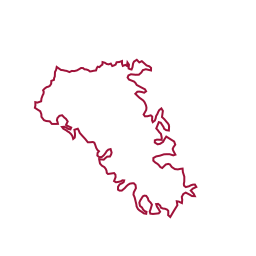 the district of Altamira do Paraná, Paraná, Brazil, rotated 212°
{"feature_id": "56859067B67017349975974", "entity_name": "Altamira do Paraná", "entity_type": "district", "adm_level": 2, "iso_a3": "BRA", "parent_name": "Brazil", "parent_adm1": "Paraná", "projection": "albers", "projection_center": [-52.708, -24.824], "detail": "fine", "context": "isolated", "style": "outline", "palette": "rose", "viewbox_px": 256, "rotation_deg": 212, "n_neighbors": 0, "source": "geoboundaries", "source_scale": "gbopen_adm2", "svg_char_len": 4080}
<svg xmlns="http://www.w3.org/2000/svg" viewBox="0 0 256 256"><g transform="rotate(212 128 128)"><path d="M130.2,82.2L127.3,82.3L125.2,81.5L123.6,80.4L122.2,78.7L120.6,78.4L117.2,81.3L115.9,82.4L113.9,81.7L112.5,79.8L111.7,75.6L109.5,75.6L107.8,77.0L105.9,78.9L105.0,80.7L103.5,81.5L103.0,79.8L103.7,78.1L105.2,75.8L105.3,72.9L103.8,70.4L102.0,70.4L100.1,71.6L98.9,75.2L98.5,77.7L97.9,79.8L96.9,81.8L95.2,83.3L93.8,84.2L91.4,83.6L89.4,81.2L89.0,76.5L88.0,74.3L86.6,73.4L85.4,72.5L80.5,67.7L79.2,66.1L76.7,64.6L74.6,64.2L72.2,64.2L69.3,64.0L67.1,64.9L67.9,66.7L70.0,66.4L71.9,66.8L74.0,68.0L76.6,68.3L78.8,70.7L79.2,72.9L79.2,77.9L78.3,79.3L76.6,80.1L74.0,79.0L72.2,77.4L69.2,76.7L67.1,75.7L65.7,70.7L65.4,68.8L63.7,67.2L61.3,68.3L56.7,71.9L56.4,74.0L59.0,75.4L61.8,76.7L63.8,78.4L62.3,79.6L59.6,79.2L57.9,77.9L55.7,78.2L53.9,79.1L51.7,79.5L50.0,79.1L48.7,77.1L47.8,75.4L45.0,74.9L45.2,82.5L45.2,88.7L47.8,91.7L45.9,92.5L42.5,92.9L44.0,95.9L45.9,98.1L46.1,101.4L44.8,103.8L41.0,104.1L37.7,104.2L35.2,105.6L37.4,107.0L41.6,108.2L40.9,111.0L38.8,114.2L41.3,115.5L42.9,114.4L44.3,112.8L45.4,110.9L47.7,108.5L49.9,108.8L51.0,110.1L51.9,112.4L54.4,116.5L58.1,119.7L60.2,122.5L61.7,121.3L63.8,119.3L66.5,118.0L70.2,118.1L73.1,119.3L74.8,118.9L76.6,117.1L77.8,112.2L79.9,112.0L82.0,112.8L83.8,113.2L86.6,113.2L89.2,113.7L90.6,116.0L89.0,118.9L86.3,121.4L83.6,124.7L81.3,126.3L78.9,127.8L75.1,128.8L73.7,130.5L77.7,132.8L79.0,133.9L79.3,136.0L79.1,138.9L81.7,141.0L87.8,141.0L91.0,141.0L91.1,137.7L90.9,134.8L92.4,131.6L94.2,129.9L97.6,129.9L98.7,131.8L97.3,133.5L93.2,135.8L94.2,137.6L95.8,139.3L97.0,140.5L99.5,141.1L101.4,141.9L103.8,142.6L104.3,145.5L105.0,149.3L103.0,149.8L98.5,147.7L96.9,146.5L94.5,146.4L92.0,147.5L93.1,149.5L94.0,151.1L95.1,152.3L96.7,153.1L98.2,153.5L101.8,154.7L105.0,155.3L106.3,158.3L107.5,161.0L110.1,162.3L111.0,159.7L110.9,157.7L110.5,155.4L110.5,153.1L109.6,150.7L109.2,148.6L110.1,146.1L111.6,147.2L113.5,150.5L115.4,150.8L117.8,148.2L119.8,146.9L121.9,147.7L122.1,152.9L123.1,155.0L124.7,156.7L127.5,158.6L129.6,159.4L132.1,159.6L134.1,159.7L136.2,160.1L139.9,160.9L139.3,163.7L137.8,164.8L135.5,165.8L133.0,166.5L132.1,168.7L134.1,169.8L137.8,169.5L143.4,169.1L145.6,170.2L147.5,170.6L152.8,169.6L155.1,170.6L155.5,172.8L154.0,175.1L149.7,177.2L147.0,179.0L146.1,182.1L146.1,184.9L144.0,187.3L139.0,189.0L140.3,191.2L142.6,191.6L145.4,190.9L149.3,191.6L151.7,192.0L153.2,189.6L156.7,190.5L158.1,187.5L157.9,185.5L156.4,181.9L156.0,179.5L157.4,179.0L159.0,178.8L159.9,180.4L160.7,182.2L163.2,183.3L161.8,180.1L163.7,180.1L165.3,177.9L167.1,179.3L168.6,181.6L170.3,179.4L172.5,177.7L172.1,175.2L173.0,173.7L174.2,172.2L176.7,173.5L178.2,171.7L180.0,171.0L182.1,171.1L184.5,170.4L183.3,168.2L184.1,166.3L184.5,164.5L186.2,163.9L186.2,162.1L185.6,159.9L187.5,158.3L188.9,156.9L190.2,155.8L192.3,156.0L194.5,155.5L196.0,154.7L197.9,155.0L199.6,154.0L200.4,152.4L201.8,149.8L203.7,147.8L205.9,146.6L207.3,144.4L210.3,143.9L211.9,143.2L213.8,142.6L215.6,141.7L220.8,142.0L219.8,139.3L219.6,136.8L218.4,134.7L217.4,132.9L217.1,131.1L216.3,129.6L218.0,127.3L216.6,124.8L216.6,122.5L217.3,121.0L218.7,119.5L219.6,117.2L220.0,115.0L218.6,114.0L217.8,112.2L217.7,110.4L217.0,107.1L215.8,104.6L218.3,101.5L220.3,100.8L218.5,98.1L217.7,95.8L214.8,95.7L211.3,95.7L208.8,93.8L207.3,91.6L203.4,90.1L201.0,90.6L197.9,92.2L194.8,91.1L191.8,92.9L189.6,94.4L191.1,95.9L192.4,96.9L193.1,99.0L192.6,102.0L190.6,103.9L187.6,103.1L185.5,102.9L182.6,101.6L182.2,97.7L179.0,97.9L176.4,98.3L176.1,96.3L178.5,95.5L180.6,95.7L183.0,95.1L184.5,93.9L182.4,93.1L179.3,93.3L177.3,93.1L175.7,93.2L172.9,92.6L170.8,91.6L168.7,89.7L168.1,91.6L168.9,93.4L170.1,95.3L172.5,98.1L170.2,100.8L168.0,99.5L166.4,98.3L162.4,97.1L160.2,96.5L158.1,95.9L154.5,94.6L152.2,96.1L150.4,97.5L148.8,97.7L147.1,96.5L144.3,94.2L142.1,93.1L140.3,92.9L140.6,90.8L139.4,88.4L136.9,88.0L134.9,89.5L134.1,91.9L133.8,94.7L133.8,97.1L133.2,99.2L131.6,100.9L128.9,98.5L128.3,96.6L128.2,94.2L130.4,92.8L131.1,91.0L131.8,88.3L135.9,86.2L132.9,83.0L130.2,82.2Z" fill="none" stroke="#9f1239" stroke-width="2"/></g></svg>